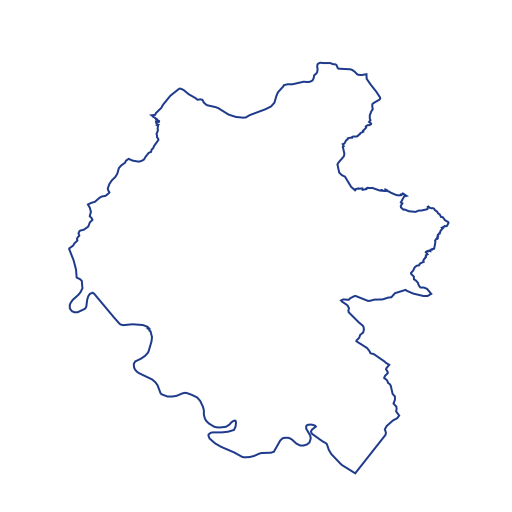 Roldanillo, Valle del Cauca, Colombia, rotated 98°
{"feature_id": "7082276B62857285064431", "entity_name": "Roldanillo", "entity_type": "district", "adm_level": 2, "iso_a3": "COL", "parent_name": "Colombia", "parent_adm1": "Valle del Cauca", "projection": "equal_earth", "projection_center": [-76.188, 4.442], "detail": "fine", "context": "isolated", "style": "outline", "palette": "blue", "viewbox_px": 512, "rotation_deg": 98, "n_neighbors": 0, "source": "geoboundaries", "source_scale": "gbopen_adm2", "svg_char_len": 6030}
<svg xmlns="http://www.w3.org/2000/svg" viewBox="0 0 512 512"><g transform="rotate(98 256 256)"><path d="M302.3,430.6L303.5,426.9L305.0,425.0L312.1,423.4L316.2,424.7L319.3,426.6L325.0,431.4L328.6,433.2L330.7,433.6L334.0,433.0L336.4,430.4L337.0,427.7L336.5,424.8L332.2,418.2L330.7,417.2L329.1,417.0L322.8,417.1L319.2,416.5L316.7,415.3L315.1,412.7L315.9,411.0L336.7,388.0L342.0,381.8L342.7,380.5L343.0,377.9L340.8,368.9L340.1,358.4L341.2,353.6L341.7,352.9L342.3,353.3L342.5,352.6L343.0,352.8L343.2,352.2L342.7,352.1L342.9,351.3L344.7,351.2L345.2,350.0L350.8,347.7L355.2,347.6L364.9,349.0L366.9,349.6L370.4,352.0L373.8,355.8L377.3,361.0L379.9,362.0L383.1,361.3L385.2,360.1L387.1,357.9L388.3,355.6L392.7,341.7L395.0,338.1L397.7,335.5L405.2,331.4L406.1,330.2L407.5,324.1L406.7,318.8L405.4,314.9L402.3,309.8L401.4,307.4L401.3,305.6L402.4,300.4L404.3,294.5L407.3,291.1L412.6,287.6L415.9,286.2L420.6,285.5L424.3,283.9L426.2,282.3L428.4,279.4L430.8,273.9L431.1,271.4L430.9,268.1L429.3,262.0L426.7,258.9L424.1,257.2L422.5,255.4L421.9,254.1L422.1,253.3L423.8,252.6L427.7,252.5L431.3,253.6L433.9,259.2L435.4,265.2L436.7,274.3L437.4,276.3L439.3,278.1L440.5,278.1L443.2,276.6L447.3,270.3L449.9,263.8L453.6,250.2L456.9,241.6L457.0,239.6L456.0,234.4L454.3,230.1L451.2,225.2L450.4,223.3L448.7,213.8L447.4,211.1L435.3,206.3L432.7,204.1L432.1,202.5L431.5,198.8L431.9,196.9L432.8,194.8L436.2,189.8L437.5,185.8L437.1,182.6L435.5,179.2L433.2,177.1L428.9,176.4L426.3,177.3L419.9,182.3L417.6,182.6L416.5,182.0L415.8,180.7L415.3,178.2L415.3,176.2L415.9,173.6L416.6,173.0L420.0,176.3L421.3,176.9L422.3,177.1L424.1,176.1L430.3,164.3L431.6,160.8L432.5,159.6L437.9,156.9L441.7,153.8L449.5,144.0L451.1,141.7L457.4,127.5L415.0,102.8L412.6,102.8L409.8,104.3L406.1,102.9L399.7,97.4L397.0,93.6L394.1,92.0L390.4,95.6L387.7,95.5L385.6,96.1L383.0,99.3L379.1,98.4L375.7,98.9L373.6,101.5L365.7,104.5L364.3,105.7L363.1,107.8L362.0,108.1L360.4,109.5L359.0,112.1L356.8,111.6L353.6,109.2L352.3,109.6L350.1,111.4L349.2,111.4L345.2,108.9L343.7,112.5L342.4,114.4L336.8,125.6L336.4,129.1L334.4,130.4L331.7,133.2L326.5,144.7L325.6,144.7L322.6,142.4L319.7,141.9L316.8,139.2L313.8,138.9L311.3,139.6L310.1,140.6L307.4,145.0L298.8,156.4L297.2,156.9L294.7,156.7L292.8,158.0L291.7,159.3L289.2,164.5L288.2,165.6L286.8,163.4L286.5,158.1L284.7,156.8L282.1,153.1L281.7,151.9L284.9,138.8L284.4,136.5L282.8,133.0L281.4,124.7L278.8,119.3L278.0,116.2L273.5,113.2L268.7,103.1L269.4,102.1L271.3,95.2L272.3,84.8L271.7,80.5L269.1,77.2L264.7,82.1L263.9,85.4L264.3,88.6L263.8,89.5L261.8,91.1L260.0,91.9L258.0,94.3L257.1,96.3L254.5,96.8L252.0,100.0L251.1,100.1L248.5,98.3L245.4,97.4L244.0,96.3L243.1,95.1L242.5,93.2L240.6,92.5L238.4,89.1L237.2,89.7L235.6,89.1L234.9,88.3L233.8,88.2L233.4,87.5L231.7,87.9L230.6,86.5L230.3,87.1L229.6,87.0L228.6,88.4L228.2,88.3L226.9,86.4L227.3,85.7L226.7,85.1L226.9,83.9L225.5,84.0L225.2,82.5L224.4,82.4L224.3,81.0L224.0,80.6L217.0,80.3L215.8,80.8L213.9,79.8L213.8,79.0L213.0,79.2L212.7,78.4L211.3,79.0L210.8,78.4L210.0,78.9L208.9,78.3L208.1,77.1L207.2,77.4L206.4,76.8L205.2,76.7L202.9,75.1L202.2,75.8L201.8,74.5L201.0,74.6L200.6,73.5L200.0,73.2L200.1,71.9L199.6,71.1L196.6,70.0L195.7,70.3L194.2,73.9L191.6,76.4L191.6,78.2L189.3,79.8L188.4,81.7L186.9,82.8L185.7,85.2L184.5,86.1L184.0,87.2L184.3,88.9L184.1,90.6L183.0,92.2L183.4,92.8L184.1,92.5L185.8,92.8L188.0,98.7L188.4,101.3L190.1,104.1L190.4,110.9L189.3,115.2L189.6,116.5L187.7,119.2L186.3,119.6L183.5,118.4L182.8,120.0L176.4,117.6L175.5,115.3L173.7,119.1L174.2,119.2L174.8,121.0L175.5,120.7L176.1,122.9L176.1,125.5L174.5,131.5L173.8,132.9L173.4,135.3L172.8,135.2L172.1,137.2L173.7,137.3L173.8,140.5L173.2,140.5L173.2,141.0L173.9,141.1L173.9,142.9L172.4,150.2L173.0,153.3L172.9,155.0L173.8,156.2L174.4,156.0L175.6,159.7L174.3,160.1L175.1,163.7L174.8,163.9L176.0,166.9L176.9,167.1L177.7,166.2L174.3,171.4L165.1,178.9L163.9,182.4L161.8,185.2L154.0,188.1L152.1,187.4L145.3,183.0L143.8,182.7L142.2,182.8L135.9,185.2L135.1,184.4L133.2,185.7L132.3,184.1L129.0,182.9L127.7,181.5L126.7,181.5L125.7,178.9L125.5,177.3L124.7,177.3L124.2,176.5L123.6,172.7L122.4,171.4L121.7,171.3L121.2,170.3L119.9,169.8L117.9,167.0L117.1,167.5L114.1,165.1L113.1,164.8L112.5,165.3L111.8,164.8L110.8,163.4L110.7,162.0L109.4,160.4L108.7,160.5L107.5,162.7L105.5,161.5L104.3,162.4L100.9,162.9L96.6,161.9L94.4,160.8L91.7,161.7L89.7,161.9L89.0,161.7L87.3,159.8L84.0,155.5L82.7,154.9L81.6,155.3L76.7,159.6L70.2,166.4L65.1,171.1L60.6,171.9L62.2,176.9L62.3,180.0L61.9,181.2L59.7,184.0L58.3,186.8L58.0,188.7L59.0,200.3L58.5,201.2L55.7,202.9L55.2,203.9L55.3,206.7L54.6,209.2L55.6,216.4L55.6,218.8L56.1,220.1L57.2,221.5L58.1,221.8L59.9,221.8L62.3,221.0L65.3,221.0L67.1,221.8L68.9,223.5L72.2,223.7L74.3,224.5L75.8,226.5L76.5,228.8L76.8,233.1L80.9,243.9L81.6,248.8L83.0,252.2L84.0,252.4L90.9,257.1L94.8,258.1L101.6,259.1L105.8,261.9L109.5,267.3L117.4,281.9L120.2,285.3L120.8,287.8L121.1,295.2L119.8,302.8L114.8,314.0L114.2,316.7L113.5,325.2L112.9,326.7L111.3,329.0L108.8,330.8L108.6,332.9L109.4,335.8L108.1,337.8L105.2,345.1L101.7,350.8L100.8,353.8L100.8,354.8L101.7,356.0L109.2,363.1L119.1,369.1L122.5,370.4L128.3,374.9L130.2,375.5L131.2,378.9L132.0,377.2L131.9,377.9L132.2,377.6L134.2,373.4L134.7,373.7L135.8,370.8L136.8,370.9L136.9,373.7L138.9,372.9L139.6,371.0L140.2,371.6L140.2,371.2L143.8,371.1L145.2,370.6L149.1,371.5L150.5,370.7L152.1,370.6L153.5,369.2L154.6,368.8L161.6,372.4L163.3,372.7L165.3,374.2L167.5,374.4L168.8,376.6L173.0,379.1L176.1,380.4L177.7,382.5L178.7,384.6L178.9,386.3L178.7,391.6L177.5,395.6L179.7,398.0L181.9,398.7L185.0,402.0L188.0,404.0L193.8,404.8L197.3,406.3L201.2,409.3L205.1,411.2L209.7,412.2L211.7,411.4L213.4,410.0L214.3,410.5L217.4,413.4L218.5,416.9L220.1,419.1L224.7,423.0L226.6,427.0L228.4,429.6L231.3,427.3L235.3,425.6L239.7,426.2L241.4,424.0L243.0,423.0L245.8,425.2L250.2,426.2L253.9,430.1L255.3,433.6L256.2,434.4L258.2,434.9L260.5,433.8L262.2,435.1L263.8,435.7L265.5,435.0L268.7,437.5L271.2,438.6L274.5,442.0L275.1,442.0L285.7,436.0L294.6,432.3L302.3,430.6Z" fill="none" stroke="#1e3a8a" stroke-width="2"/></g></svg>